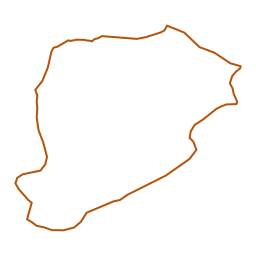 Tadla - Azilal, orthographic projection
{"feature_id": "MAR-1453", "entity_name": "Tadla - Azilal", "entity_type": "Region", "adm_level": 1, "iso_a3": "MAR", "parent_name": "Morocco", "parent_adm1": "", "projection": "orthographic", "projection_center": [-6.449, 32.083], "detail": "fine", "context": "isolated", "style": "outline", "palette": "amber", "viewbox_px": 256, "rotation_deg": 0, "n_neighbors": 0, "source": "natural_earth", "source_scale": "10m", "svg_char_len": 930}
<svg xmlns="http://www.w3.org/2000/svg" viewBox="0 0 256 256"><path d="M167.1,25.7L184.3,32.6L199.5,47.1L214.4,52.7L230.3,63.3L240.6,66.2L240.3,68.2L235.8,71.8L232.2,76.1L229.9,83.3L232.7,88.7L233.6,93.5L237.2,101.7L236.3,104.1L226.6,104.4L221.7,106.2L216.6,108.7L203.3,119.3L194.4,125.1L190.7,131.5L189.7,137.9L193.5,141.9L196.4,149.8L189.7,158.8L165.9,175.5L127.8,194.6L119.9,200.0L113.8,201.3L86.6,212.7L80.9,221.8L74.1,227.5L63.5,230.3L52.0,230.1L44.2,227.4L36.5,225.8L32.2,222.4L27.1,219.3L31.7,202.8L28.2,199.9L18.7,189.1L15.4,183.3L17.3,177.8L22.8,174.3L40.4,170.6L45.3,164.4L47.0,156.8L43.3,142.8L38.6,130.3L36.7,117.6L37.3,108.3L36.7,101.3L37.4,95.8L35.3,89.8L42.3,81.1L47.8,67.6L51.4,51.9L53.4,47.8L57.4,46.7L68.2,40.4L70.5,40.9L76.8,39.7L84.3,39.9L86.8,40.5L89.7,40.7L92.0,41.3L94.4,39.2L98.2,38.2L102.0,36.1L136.8,38.9L146.1,37.1L161.0,32.3L164.5,30.3L167.1,25.7Z" fill="none" stroke="#b45309" stroke-width="2"/></svg>